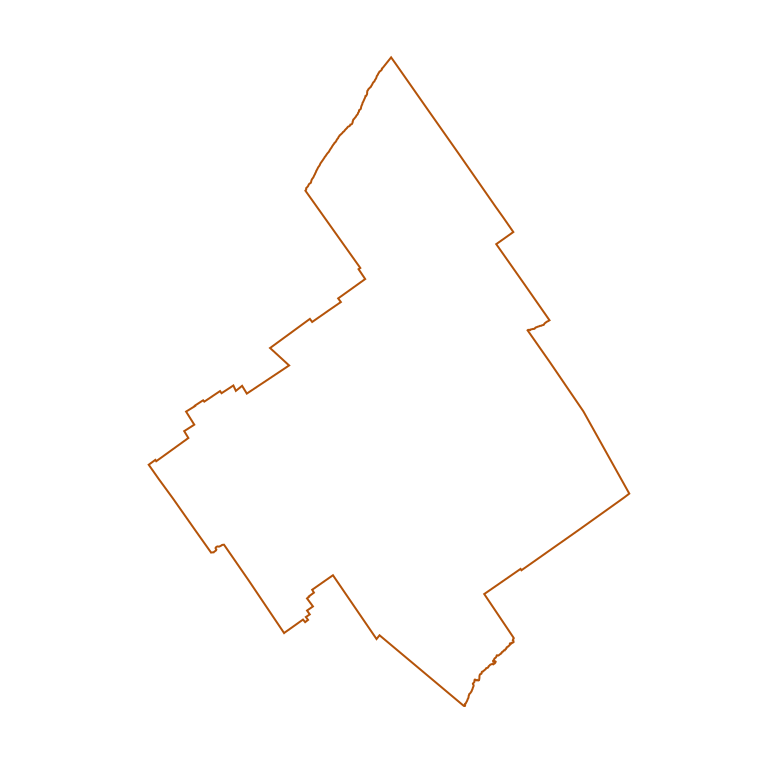 the district of Luján, Buenos Aires, Argentina, rotated 177°
{"feature_id": "61730980B60632601419482", "entity_name": "Luján", "entity_type": "district", "adm_level": 2, "iso_a3": "ARG", "parent_name": "Argentina", "parent_adm1": "Buenos Aires", "projection": "orthographic", "projection_center": [-59.164, -34.589], "detail": "fine", "context": "isolated", "style": "outline", "palette": "amber", "viewbox_px": 768, "rotation_deg": 177, "n_neighbors": 0, "source": "geoboundaries", "source_scale": "gbopen_adm2", "svg_char_len": 6051}
<svg xmlns="http://www.w3.org/2000/svg" viewBox="0 0 768 768"><g transform="rotate(177 384 384)"><path d="M613.8,300.7L600.8,280.8L580.2,247.9L565.5,224.7L565.2,224.8L562.9,224.8L562.6,225.2L562.3,225.4L560.9,226.3L560.5,226.6L560.1,227.3L560.1,227.6L560.4,227.9L560.7,228.4L560.8,229.0L560.4,229.6L560.0,230.0L559.7,230.2L559.4,230.3L558.7,230.5L557.8,230.3L556.9,230.3L554.9,231.2L554.2,231.7L553.8,231.8L552.2,231.9L529.1,194.4L496.8,140.5L496.3,140.9L477.2,153.0L475.2,150.3L472.2,152.4L474.2,155.4L470.2,157.8L472.7,161.8L466.6,165.6L472.1,173.9L470.0,175.4L470.2,175.8L464.9,179.3L466.5,182.3L445.0,195.7L404.8,129.7L401.6,133.3L321.4,58.6L321.2,58.4L320.5,58.2L320.1,58.2L319.9,58.5L319.8,58.9L320.0,59.2L320.1,59.7L320.1,60.0L319.9,60.3L319.5,60.6L319.2,60.6L318.9,61.1L318.5,61.8L318.1,62.5L317.6,63.2L317.3,63.9L317.1,64.5L316.9,65.0L316.4,65.5L316.1,66.5L315.9,67.0L315.8,68.1L315.4,68.8L315.2,69.7L315.0,70.0L314.2,70.5L313.7,71.2L313.5,71.5L313.2,71.8L312.7,72.4L312.3,73.5L312.0,74.0L311.6,74.7L311.3,75.7L310.5,77.4L310.3,78.0L310.3,78.6L310.4,78.9L310.8,79.5L310.9,79.8L310.9,80.2L310.4,80.5L310.1,81.0L309.4,81.7L309.2,82.6L309.2,83.1L309.1,83.6L308.9,84.0L308.6,84.1L307.7,83.6L307.5,83.3L307.1,83.2L306.7,83.2L306.4,83.5L306.0,83.2L305.7,83.1L305.3,83.0L305.0,83.1L304.6,83.3L304.5,83.6L304.4,84.0L304.2,85.0L304.1,85.5L304.0,86.8L304.0,87.2L303.7,88.2L303.5,88.7L303.1,89.2L302.2,89.4L301.9,89.6L301.7,89.9L301.6,90.4L301.6,90.9L301.4,91.2L301.2,91.5L300.8,91.6L300.4,91.6L299.7,92.3L299.1,92.6L298.5,93.1L298.1,93.4L297.5,93.8L297.2,94.2L297.0,94.7L296.2,95.0L295.3,95.2L295.0,95.4L294.8,95.7L294.6,95.9L294.5,96.3L294.3,96.6L293.8,97.0L293.3,97.4L292.7,98.0L292.4,98.2L292.1,98.3L290.8,98.7L290.5,98.7L289.5,98.3L288.7,98.9L288.2,99.1L287.5,99.8L287.4,100.1L287.2,100.4L287.0,100.8L287.3,101.2L287.9,101.2L288.7,100.8L289.0,101.0L289.4,100.9L289.6,101.5L289.5,102.0L289.1,102.3L288.7,102.6L288.4,103.2L288.3,103.6L288.2,103.8L287.8,104.3L287.0,104.7L286.7,105.0L286.4,105.3L286.1,105.9L285.6,107.1L285.3,107.2L284.8,106.9L284.4,106.8L283.7,107.0L282.8,107.7L282.6,107.9L282.2,108.1L281.5,108.4L281.3,108.7L281.2,109.0L280.8,109.2L280.5,109.4L280.2,110.1L279.9,110.3L279.4,110.4L279.1,110.7L278.2,111.7L277.8,111.8L277.4,111.7L276.9,112.5L276.5,112.6L276.2,112.8L276.0,113.2L275.9,113.6L275.7,113.8L275.4,113.9L275.2,114.6L274.0,115.3L273.7,115.3L273.5,115.5L273.3,115.8L273.0,116.0L272.1,116.7L272.0,117.0L272.0,117.9L271.8,118.2L271.1,117.8L270.6,118.0L270.4,118.8L270.1,118.9L269.6,118.7L269.3,118.8L269.0,119.0L268.5,119.2L268.2,119.4L268.3,119.8L268.1,120.3L268.2,120.7L268.5,120.9L268.8,121.3L268.6,121.8L268.5,122.1L268.4,122.5L268.0,122.7L267.8,123.1L267.7,123.4L267.8,123.7L294.9,169.0L257.3,192.2L256.5,190.8L197.1,228.1L149.9,258.2L144.8,261.7L186.3,346.2L216.9,396.6L237.8,430.1L237.3,430.5L236.4,430.5L235.9,430.5L235.2,430.2L235.0,430.4L234.3,430.9L233.5,430.9L232.5,431.2L231.4,431.1L231.2,431.3L230.4,431.6L230.3,431.9L229.6,432.5L228.9,432.6L228.5,432.8L228.2,432.9L227.4,433.2L226.4,433.4L225.8,433.6L225.5,433.8L225.2,433.9L224.2,433.9L223.8,434.0L223.3,434.3L222.9,434.4L221.8,434.6L221.2,434.9L220.8,435.7L220.5,436.0L219.9,436.5L218.8,437.2L218.5,437.5L217.8,437.8L217.3,438.0L216.6,438.3L216.2,438.5L215.8,438.8L215.4,439.0L239.9,478.4L264.6,517.8L246.9,529.0L256.1,543.9L263.3,555.2L296.6,608.9L326.5,656.6L354.6,701.6L359.8,709.8L368.5,700.0L369.6,699.1L369.5,698.6L369.7,698.3L369.9,697.9L370.6,697.2L370.8,697.1L371.3,696.7L372.2,696.2L372.4,695.9L372.5,695.5L372.7,695.2L373.1,694.8L373.5,694.3L373.9,693.3L374.3,692.8L375.0,692.0L375.7,690.1L376.1,689.4L376.5,688.8L377.0,688.2L377.4,687.5L377.8,686.6L378.2,686.3L378.6,686.1L379.0,685.6L379.4,685.1L380.3,683.4L381.1,682.4L381.3,681.8L381.7,681.3L382.5,680.8L383.0,680.2L383.3,679.9L383.6,679.8L384.0,679.4L384.3,679.0L384.5,678.5L385.2,677.7L385.4,677.3L385.4,676.8L385.6,676.0L385.6,675.2L385.8,674.2L386.3,673.5L386.5,672.9L386.8,672.6L387.2,672.6L387.5,672.5L387.7,671.5L388.1,670.7L388.2,670.4L388.5,669.9L388.8,669.4L389.0,668.8L389.3,668.4L389.9,667.1L390.1,666.7L390.5,666.3L390.7,665.9L390.8,665.5L391.1,664.4L391.4,663.9L391.9,663.0L392.4,661.6L392.5,660.9L392.8,660.0L393.3,659.4L394.2,659.0L394.6,658.6L394.7,658.0L394.7,657.5L394.9,657.1L395.6,656.3L395.8,655.8L395.9,655.3L396.1,655.0L396.4,654.5L397.2,653.8L397.5,653.5L397.8,652.9L398.0,652.5L399.0,651.5L399.9,650.4L400.7,649.8L400.9,649.5L401.1,648.6L401.3,648.2L401.5,648.0L401.6,647.5L401.6,647.0L401.8,646.5L402.3,645.5L402.6,645.2L402.9,645.0L403.7,644.8L404.0,644.8L404.2,644.4L404.4,644.0L404.7,643.6L405.0,643.3L406.0,643.0L406.5,642.8L407.3,642.0L407.4,641.7L409.1,640.2L409.9,639.4L410.3,638.8L410.8,638.3L411.3,638.0L411.6,637.9L412.6,636.7L413.6,635.9L413.9,635.6L414.4,635.2L414.8,634.9L415.3,634.6L415.5,634.1L416.3,633.2L416.7,632.6L417.0,631.8L417.3,631.6L417.7,631.2L418.3,630.5L418.6,629.9L418.8,629.5L419.8,628.1L420.2,627.7L420.6,627.6L420.9,627.3L421.3,626.5L422.2,625.6L422.4,625.2L423.3,624.1L424.0,622.9L425.0,621.7L425.9,620.4L427.1,618.5L427.4,618.3L428.3,617.4L428.7,617.0L429.4,616.0L430.2,615.1L430.4,614.6L431.3,613.8L431.6,613.2L432.2,612.4L433.8,610.3L434.9,608.9L435.7,607.9L436.1,607.3L436.6,606.2L436.9,605.7L437.3,605.1L438.1,604.2L438.4,603.8L439.7,601.5L440.0,601.1L440.3,600.5L440.6,600.2L440.7,599.6L441.2,598.7L441.7,597.9L442.0,597.1L442.8,595.9L443.4,594.7L443.7,594.1L444.6,593.0L445.0,592.5L445.4,592.0L446.0,590.5L446.1,590.1L446.2,589.6L446.5,589.0L446.8,588.5L447.9,588.0L448.2,587.7L448.5,587.4L448.9,586.8L449.1,586.3L449.6,585.4L450.0,585.0L450.3,584.7L450.7,584.3L451.3,583.9L451.5,583.5L451.5,582.4L451.7,581.9L452.0,581.7L452.4,581.2L401.6,501.1L403.4,500.0L397.3,489.8L425.3,471.9L422.8,468.1L435.2,460.5L452.5,449.7L454.6,452.9L495.9,425.9L477.8,407.5L521.5,381.6L525.8,389.6L532.3,384.9L534.5,390.4L546.7,383.3L548.1,385.5L564.4,375.8L565.5,377.2L574.0,372.3L573.8,371.9L583.1,366.8L575.6,353.3L586.0,347.4L582.2,340.3L615.5,318.8L616.3,320.2L623.2,315.7L613.8,300.7Z" fill="none" stroke="#b45309" stroke-width="2"/></g></svg>